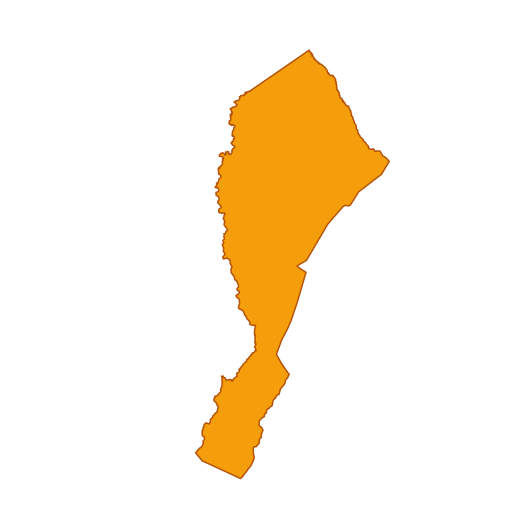 outline of Chigubo, Gaza, Mozambique, rotated 204°
{"feature_id": "85939544B66615302004978", "entity_name": "Chigubo", "entity_type": "district", "adm_level": 2, "iso_a3": "MOZ", "parent_name": "Mozambique", "parent_adm1": "Gaza", "projection": "natural_earth1", "projection_center": [33.548, -22.965], "detail": "fine", "context": "isolated", "style": "filled", "palette": "amber", "viewbox_px": 512, "rotation_deg": 204, "n_neighbors": 0, "source": "geoboundaries", "source_scale": "gbopen_adm2", "svg_char_len": 6121}
<svg xmlns="http://www.w3.org/2000/svg" viewBox="0 0 512 512"><g transform="rotate(204 256 256)"><path d="M328.6,404.3L328.6,403.5L329.8,403.4L330.7,402.4L330.9,401.3L331.5,401.7L332.4,401.1L332.3,400.3L331.6,400.1L332.2,399.1L331.9,398.5L333.0,397.9L333.2,397.1L333.6,397.4L335.2,396.1L335.3,395.1L335.8,394.8L335.0,393.7L334.9,391.8L335.4,390.9L336.9,390.1L338.2,388.6L338.5,387.8L338.4,387.4L336.4,387.5L335.5,386.3L334.9,386.4L334.9,385.6L335.6,384.2L336.2,383.8L336.2,383.2L338.1,382.3L338.3,381.0L339.1,380.5L339.2,380.0L338.8,379.3L337.9,379.3L337.0,378.0L336.2,377.7L336.4,377.2L335.5,376.1L335.6,375.7L336.1,376.0L336.7,375.7L336.9,374.8L336.7,373.9L335.7,374.1L335.7,371.8L334.8,371.4L334.6,370.8L334.5,369.5L335.3,368.8L334.7,366.3L333.6,365.6L332.6,366.3L331.7,365.3L331.0,365.7L331.0,366.4L329.4,366.7L328.2,366.3L328.4,364.3L327.6,362.0L328.2,360.7L327.1,356.9L326.4,356.1L325.9,356.8L325.5,356.7L325.3,356.0L324.3,355.9L323.8,355.1L323.7,354.5L324.2,353.7L323.5,352.2L324.3,351.3L324.0,350.3L324.6,349.9L324.6,349.0L322.0,347.7L320.4,347.7L319.8,347.1L321.0,343.6L320.7,342.7L320.8,342.0L320.2,341.4L320.0,340.4L320.5,338.5L322.1,337.8L322.9,339.8L324.7,339.9L325.2,338.6L326.0,338.5L325.8,337.9L324.6,337.3L325.2,335.9L325.6,335.7L326.3,336.3L328.3,336.8L329.9,335.4L330.5,333.3L330.4,332.5L330.0,332.3L327.0,333.0L326.1,332.7L325.3,331.9L325.3,331.4L326.0,331.0L324.9,330.2L325.4,328.4L324.4,327.3L324.1,325.6L324.4,324.5L325.3,323.2L324.9,321.4L325.8,321.7L326.1,320.6L323.4,315.7L321.0,315.3L320.1,313.7L321.2,311.1L320.8,310.2L320.6,307.8L321.5,306.7L320.7,306.5L320.7,305.9L321.2,305.3L320.5,304.0L321.3,302.8L321.2,302.2L319.9,302.0L318.7,302.8L316.7,301.2L316.7,299.5L318.3,297.8L318.3,297.3L317.7,296.7L317.3,295.4L314.2,294.7L313.0,293.3L312.6,292.3L313.1,291.4L312.7,290.4L312.8,289.2L308.4,287.3L307.8,286.7L307.5,285.9L308.7,284.4L308.9,283.3L307.8,280.9L307.1,280.7L305.9,281.3L305.1,280.9L303.6,281.5L302.5,282.6L302.0,282.3L301.4,281.4L301.7,279.6L301.0,278.4L301.3,276.9L298.8,275.4L298.7,274.4L298.1,273.8L298.3,272.4L297.7,271.4L292.8,268.5L292.6,267.6L293.3,266.7L293.2,264.2L294.3,263.3L293.6,262.4L293.3,260.6L292.0,259.3L291.9,258.6L292.5,256.8L292.3,256.3L291.0,255.3L290.8,254.0L291.4,253.3L291.4,252.6L288.6,249.8L287.8,247.1L285.4,245.5L285.1,243.9L286.0,242.1L285.1,240.4L284.3,240.2L282.4,241.8L281.2,242.3L277.8,241.4L276.3,238.3L273.5,236.4L273.5,233.9L271.8,230.6L267.6,228.3L265.5,225.6L263.8,225.6L260.2,222.2L259.3,220.7L260.1,218.6L259.6,217.4L258.9,217.0L257.1,217.0L256.3,216.2L256.5,214.2L257.7,212.8L258.1,211.6L257.1,210.6L254.4,210.0L253.6,209.2L251.9,206.6L251.0,201.5L249.9,200.9L247.2,201.0L245.0,200.3L243.6,198.7L242.1,197.4L240.6,196.9L239.1,195.2L234.9,193.4L233.8,191.0L230.3,191.3L228.8,192.4L228.3,192.4L227.8,191.1L227.3,188.0L226.4,186.2L226.0,184.5L225.4,184.2L225.0,183.1L224.6,183.0L224.5,183.4L224.1,183.1L223.9,181.3L222.5,179.0L222.4,177.5L222.0,177.2L221.8,176.3L220.9,176.1L220.9,175.4L220.3,175.4L220.0,174.1L220.4,172.4L218.9,171.4L217.5,169.5L218.4,168.8L218.3,168.0L218.9,166.5L219.9,166.1L219.5,164.7L220.5,163.7L220.4,162.2L221.2,161.1L221.0,159.1L222.0,158.4L222.3,157.5L221.8,156.2L223.6,152.2L223.9,149.8L224.5,148.6L224.4,147.6L224.9,146.9L224.7,146.2L225.4,145.5L224.5,144.4L224.5,142.9L225.9,141.0L225.6,140.2L224.3,138.7L226.5,134.8L226.3,134.1L226.8,133.4L226.5,132.3L227.2,131.9L228.4,132.9L229.1,132.9L232.4,130.4L234.7,132.0L236.2,132.0L237.2,132.9L238.5,132.1L237.1,130.5L236.6,128.5L235.2,127.0L235.4,126.0L234.6,124.6L234.1,122.6L234.2,119.9L233.2,118.3L233.2,117.1L235.0,112.1L236.4,111.2L236.4,110.6L235.8,109.9L236.3,109.2L236.3,108.3L235.2,106.5L233.1,106.1L230.8,103.9L229.0,102.9L228.6,99.2L228.2,98.5L228.3,97.1L229.4,95.6L229.8,93.2L230.4,92.3L230.2,91.0L230.5,89.5L231.2,88.2L230.3,85.8L230.4,83.6L233.4,83.3L234.3,82.6L234.7,80.4L234.4,79.5L234.5,77.5L233.8,75.8L234.1,74.3L233.4,73.7L233.5,72.9L231.9,70.0L229.7,69.6L228.8,68.5L228.6,67.3L229.1,65.2L228.0,64.0L227.9,60.0L229.6,57.0L231.1,51.6L221.8,47.0L179.7,46.4L178.1,50.3L178.2,51.4L177.0,55.2L176.4,59.1L175.7,60.5L175.3,63.8L175.3,69.5L175.9,71.8L177.9,74.1L180.4,79.5L180.2,80.7L178.3,81.9L177.1,86.0L177.1,86.8L178.3,90.1L177.4,92.6L178.3,94.4L178.8,97.4L178.7,99.6L180.8,101.5L183.8,102.4L184.8,103.1L185.9,106.9L184.7,110.5L183.1,112.7L183.7,114.4L183.6,115.8L182.7,116.9L183.5,118.7L183.3,120.9L182.3,121.7L181.9,123.6L180.5,125.4L180.6,127.5L181.5,129.2L181.5,132.1L180.5,133.7L180.4,136.4L179.9,137.9L178.7,138.9L179.6,144.4L178.0,150.0L177.8,152.0L178.6,154.7L177.5,157.9L177.8,159.9L177.4,161.2L188.9,168.1L197.4,174.5L198.4,189.7L197.6,202.2L197.6,210.7L199.6,231.6L203.7,261.4L212.6,262.9L214.4,263.8L208.1,272.6L203.4,314.3L196.7,336.2L195.4,338.4L191.6,339.5L190.5,341.1L188.3,356.4L174.6,381.7L172.8,396.7L177.2,398.6L181.2,399.2L185.2,402.2L188.0,401.3L189.7,400.0L190.9,401.0L192.5,401.6L193.0,401.3L193.2,400.6L194.0,400.3L196.9,400.0L197.8,402.0L199.9,402.6L202.2,404.3L204.7,404.9L205.3,406.0L209.1,407.2L210.1,408.2L212.7,409.6L214.1,412.1L216.3,413.1L217.0,415.1L218.9,416.9L220.6,417.9L221.1,418.9L223.4,420.9L224.4,422.6L226.1,422.9L226.6,424.8L228.0,425.9L228.4,427.1L229.7,427.7L230.9,429.0L231.6,429.0L232.2,429.6L232.2,430.4L235.0,430.2L235.5,430.8L236.8,431.2L237.3,431.9L237.8,431.9L237.7,432.4L239.1,432.4L239.3,432.9L239.6,432.3L240.1,432.6L240.4,433.6L241.3,433.9L241.4,434.5L241.9,434.8L242.8,434.6L244.0,435.1L244.5,436.6L245.3,436.7L245.9,437.4L245.9,438.3L246.6,439.1L248.1,439.8L248.2,440.4L249.1,440.3L249.3,440.9L250.2,441.3L250.5,442.6L251.0,442.8L252.0,445.3L253.3,446.2L253.2,447.0L253.6,447.7L254.9,448.3L254.8,449.3L255.9,450.2L259.0,452.1L259.2,451.7L260.1,451.9L261.8,451.1L262.9,451.8L263.7,451.6L264.4,452.8L265.0,452.6L266.5,454.4L269.1,456.1L274.1,457.6L275.4,457.2L275.8,457.7L276.7,457.4L277.1,458.0L277.6,457.6L278.5,458.5L279.5,458.3L280.0,459.0L281.5,459.1L282.5,460.0L283.1,459.5L283.6,460.7L285.4,461.3L285.5,461.9L286.4,461.7L286.2,462.5L286.6,463.2L288.0,462.9L288.1,463.7L287.8,463.8L289.3,464.6L290.4,464.4L291.2,465.6L328.6,404.3Z" fill="#f59e0b" stroke="#b45309" stroke-width="1.5"/></g></svg>